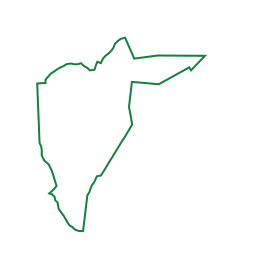 outline of Januário Cicco, Rio Grande do Norte, Brazil, rotated 165°
{"feature_id": "56859067B41568105980397", "entity_name": "Januário Cicco", "entity_type": "district", "adm_level": 2, "iso_a3": "BRA", "parent_name": "Brazil", "parent_adm1": "Rio Grande do Norte", "projection": "robinson", "projection_center": [-35.596, -6.134], "detail": "fine", "context": "isolated", "style": "outline", "palette": "green", "viewbox_px": 256, "rotation_deg": 165, "n_neighbors": 0, "source": "geoboundaries", "source_scale": "gbopen_adm2", "svg_char_len": 1071}
<svg xmlns="http://www.w3.org/2000/svg" viewBox="0 0 256 256"><g transform="rotate(165 128 128)"><path d="M184.7,73.4L181.9,76.0L180.0,79.0L178.0,81.7L175.6,83.6L173.4,85.9L170.6,89.4L166.4,89.1L159.6,95.5L154.0,100.9L151.4,103.3L147.8,106.7L136.4,117.6L133.5,120.1L123.1,130.2L122.3,138.1L121.6,148.1L115.6,163.1L112.3,171.5L104.4,168.7L87.0,162.3L53.2,170.7L52.2,167.4L35.0,177.8L80.8,190.4L104.0,193.4L107.4,215.9L111.9,216.0L115.7,214.5L118.8,212.7L120.8,209.9L123.7,207.2L127.6,204.9L130.7,203.8L134.2,201.5L137.5,197.7L140.4,199.9L142.2,197.7L145.4,192.9L150.0,193.6L151.8,196.7L154.4,199.1L156.7,202.8L159.5,202.6L162.4,203.1L166.7,205.1L170.8,205.6L173.5,204.7L179.8,203.5L188.8,200.3L195.2,196.0L196.1,192.7L200.0,193.7L204.2,194.4L217.3,136.4L216.6,132.9L217.1,128.5L218.4,124.0L217.3,118.2L214.0,113.3L212.6,106.0L212.2,95.0L212.0,90.6L215.7,87.8L221.0,85.2L218.4,83.5L216.7,80.4L217.0,77.0L215.3,74.3L215.9,67.7L212.8,59.7L210.9,52.5L209.5,48.7L207.4,46.8L205.6,43.6L202.2,41.3L198.1,40.0L184.7,73.4Z" fill="none" stroke="#15803d" stroke-width="2"/></g></svg>